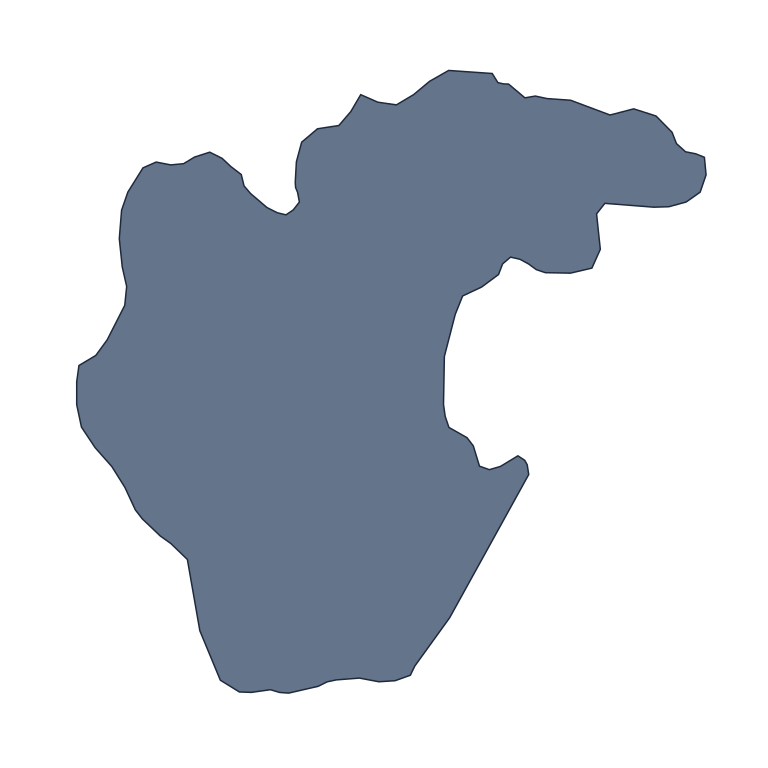 the border of Plateau, rotated 94°
{"feature_id": "NGA-2866", "entity_name": "Plateau", "entity_type": "State", "adm_level": 1, "iso_a3": "NGA", "parent_name": "Nigeria", "parent_adm1": "", "projection": "orthographic", "projection_center": [9.38, 9.346], "detail": "fine", "context": "isolated", "style": "filled", "palette": "slate", "viewbox_px": 768, "rotation_deg": 94, "n_neighbors": 0, "source": "natural_earth", "source_scale": "10m", "svg_char_len": 1541}
<svg xmlns="http://www.w3.org/2000/svg" viewBox="0 0 768 768"><g transform="rotate(94 384 384)"><path d="M672.7,337.4L679.2,352.2L681.4,368.3L679.1,388.0L682.5,410.9L685.1,420.0L690.1,428.4L699.0,457.5L699.0,466.5L696.9,476.0L700.9,494.9L701.3,506.8L690.9,526.6L643.0,550.5L572.8,567.9L558.1,585.4L551.3,596.5L535.4,615.7L526.9,623.3L505.3,635.2L485.4,649.7L467.7,667.7L448.1,682.8L426.1,689.1L403.3,690.7L386.8,689.6L375.6,673.5L359.2,663.2L323.6,648.1L304.7,647.5L285.4,653.3L257.5,658.2L228.9,657.9L210.4,652.9L185.2,639.5L178.5,626.8L180.3,612.0L178.2,599.3L170.8,588.8L164.9,574.0L170.2,561.2L177.8,551.9L185.0,541.0L196.2,537.4L203.3,530.4L216.1,513.1L220.6,502.4L222.1,493.6L216.7,486.7L208.4,481.1L198.8,483.6L194.2,485.9L189.1,486.6L168.4,486.9L148.5,483.0L134.0,468.1L129.3,447.1L114.5,436.1L97.0,427.4L103.3,409.8L104.7,391.1L93.3,374.7L78.9,359.7L66.7,341.4L66.7,297.7L75.4,291.4L76.3,285.8L76.1,280.7L88.7,263.4L86.2,253.1L87.9,241.2L87.9,217.7L99.9,177.3L92.1,154.1L97.7,131.3L112.8,114.2L123.8,109.0L131.3,99.4L132.6,89.1L135.5,80.2L152.9,77.3L170.6,82.0L181.4,95.3L187.3,112.2L188.8,127.3L188.4,176.3L199.5,183.8L234.6,177.6L253.9,184.7L260.4,205.7L261.7,230.8L259.3,240.0L254.1,248.3L250.1,257.1L248.6,266.6L255.8,274.0L266.8,277.4L280.4,293.3L290.7,311.7L309.6,317.8L352.3,325.7L400.3,323.2L412.0,320.7L422.8,316.2L431.8,297.4L439.5,290.6L459.3,283.0L462.1,272.9L458.1,262.1L446.3,245.4L450.3,238.3L454.6,235.5L464.2,233.3L612.6,302.2L663.2,333.6L672.7,337.4Z" fill="#64748b" stroke="#1e293b" stroke-width="1.5"/></g></svg>